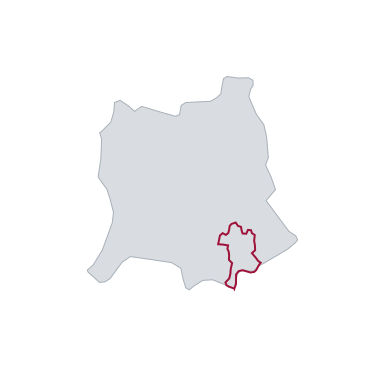 Gnjilane on a map of Kosovo (Mercator projection), rotated 34°
{"feature_id": "KOS-5904", "entity_name": "Gnjilane", "entity_type": "District", "adm_level": 1, "iso_a3": "XKX", "parent_name": "Kosovo", "parent_adm1": "", "projection": "mercator", "projection_center": [21.441, 42.404], "detail": "fine", "context": "in_parent", "style": "outline", "palette": "rose", "viewbox_px": 384, "rotation_deg": 34, "n_neighbors": 0, "source": "natural_earth", "source_scale": "10m", "svg_char_len": 1667}
<svg xmlns="http://www.w3.org/2000/svg" viewBox="0 0 384 384"><g transform="rotate(34 192 192)"><path d="M119.5,143.9L136.0,138.5L138.4,134.7L134.6,126.4L136.8,121.3L156.6,106.5L159.8,99.9L161.0,94.6L158.4,89.1L154.7,80.3L156.4,76.7L166.7,71.6L175.0,65.7L180.0,65.3L183.1,69.5L183.1,73.9L185.8,81.2L191.9,85.2L202.1,91.7L214.0,96.1L223.3,104.9L236.0,120.7L237.9,128.5L249.3,135.4L259.9,143.3L258.2,157.7L294.3,170.4L302.4,170.3L306.3,172.5L306.2,175.8L303.3,185.9L288.5,216.9L287.3,223.3L276.7,230.0L275.3,233.9L278.3,242.4L281.0,248.4L280.8,248.4L258.1,253.3L250.4,259.2L245.9,269.4L244.4,274.7L240.4,274.9L233.8,269.6L225.3,261.4L214.4,262.0L177.0,280.0L173.3,289.4L172.5,309.7L170.0,315.2L166.0,318.7L150.5,316.5L148.9,315.2L150.9,307.4L150.1,290.3L143.1,262.0L138.2,252.7L127.9,243.5L120.0,237.4L105.7,232.0L98.4,216.4L87.5,198.6L82.3,194.5L83.1,192.8L85.6,179.4L82.5,169.6L77.7,161.2L81.0,156.2L91.0,156.2L99.3,157.2L102.3,149.2L119.5,143.9Z" fill="#d9dde1" stroke="#a8b0b8" stroke-width="1"/><path d="M272.7,250.0L270.3,248.3L271.2,242.8L269.5,238.2L267.8,235.4L266.4,232.2L265.0,228.5L260.6,227.6L257.9,223.3L255.5,220.7L253.1,219.3L251.8,216.1L247.0,218.3L242.9,220.7L239.5,212.4L240.4,209.0L244.1,208.6L245.0,205.7L243.8,202.3L242.2,199.0L242.7,196.2L245.3,192.9L249.1,194.4L252.1,193.5L254.8,196.3L257.2,198.1L260.3,196.3L259.6,192.1L262.3,190.7L264.7,192.6L268.1,192.6L270.8,197.7L273.9,200.9L276.9,205.0L275.9,209.2L281.6,210.8L285.5,212.2L288.5,212.2L288.3,214.9L288.9,220.6L288.3,223.4L285.6,226.0L277.7,228.5L274.9,231.5L274.7,235.8L279.9,243.6L281.2,248.6L280.9,248.4L275.4,249.9L272.7,250.0Z" fill="none" stroke="#9f1239" stroke-width="2"/></g></svg>